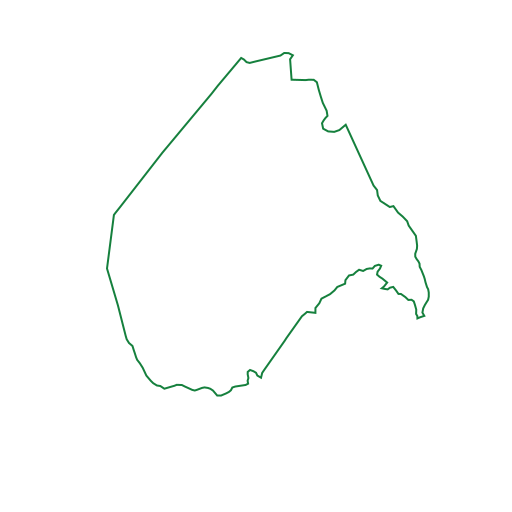 outline of Santa Cruz de Goiás, Goiás, Brazil, rotated 318°
{"feature_id": "56859067B48580128800931", "entity_name": "Santa Cruz de Goiás", "entity_type": "district", "adm_level": 2, "iso_a3": "BRA", "parent_name": "Brazil", "parent_adm1": "Goiás", "projection": "orthographic", "projection_center": [-48.573, -17.387], "detail": "fine", "context": "isolated", "style": "outline", "palette": "green", "viewbox_px": 512, "rotation_deg": 318, "n_neighbors": 0, "source": "geoboundaries", "source_scale": "gbopen_adm2", "svg_char_len": 2231}
<svg xmlns="http://www.w3.org/2000/svg" viewBox="0 0 512 512"><g transform="rotate(318 256 256)"><path d="M341.0,413.1L341.8,409.4L345.2,406.8L348.7,405.4L352.1,404.4L354.6,403.7L357.2,401.8L359.9,398.8L361.7,395.9L362.3,393.5L364.4,388.9L366.0,386.0L367.1,383.6L369.5,377.1L370.4,373.6L372.4,371.1L373.1,368.5L373.3,365.9L373.9,363.1L375.8,360.9L380.3,358.4L382.6,356.2L384.8,353.1L388.3,348.0L389.8,335.6L391.6,331.3L391.4,324.8L390.6,318.8L391.5,310.9L388.2,309.1L385.3,298.3L387.0,292.5L390.1,288.0L390.5,282.3L410.5,218.5L402.2,218.2L397.2,216.1L393.0,211.7L391.1,206.3L393.9,201.5L397.0,200.5L400.0,199.9L402.9,199.7L405.7,195.3L408.1,186.9L410.8,180.9L413.8,174.6L417.5,167.6L416.8,163.7L413.3,160.4L410.6,158.5L400.4,148.8L413.0,132.6L417.7,131.5L416.0,127.1L412.8,124.0L408.3,123.4L385.8,111.1L380.5,108.3L378.7,105.6L378.5,101.9L377.5,98.9L357.5,101.7L341.7,103.9L331.4,105.7L255.5,116.6L187.6,128.7L182.8,129.5L180.4,129.9L177.9,130.4L136.9,165.6L120.3,200.4L105.8,228.0L104.2,231.3L103.4,235.7L104.0,240.2L102.2,244.1L101.0,246.9L99.1,251.1L98.2,253.7L97.9,258.0L97.0,263.3L94.5,271.5L94.3,278.4L94.5,281.7L95.7,285.9L97.9,288.6L99.1,293.3L106.0,296.6L108.4,297.8L110.9,298.7L114.6,302.3L115.8,305.4L117.9,310.2L119.0,312.8L120.5,315.0L122.7,316.0L127.6,317.9L129.8,319.2L132.0,321.9L133.2,324.1L134.0,327.2L133.8,333.7L136.6,336.3L141.8,338.1L144.9,338.9L147.5,339.0L150.4,337.9L153.2,339.1L162.0,344.9L164.7,345.6L166.3,343.1L168.7,341.6L170.7,338.3L172.3,336.6L175.3,336.7L177.0,339.9L177.9,342.8L177.0,345.7L178.3,349.8L182.4,347.0L186.5,346.0L220.6,338.2L223.9,337.3L249.8,331.5L253.9,331.7L256.5,331.7L262.1,338.0L265.4,334.4L271.4,333.5L276.1,331.5L285.5,333.9L291.3,334.1L295.7,333.4L303.7,336.2L306.3,333.8L312.1,332.7L315.8,334.9L319.6,334.8L323.4,335.2L325.6,338.8L329.6,339.7L332.3,341.4L334.2,343.3L337.7,342.9L341.4,344.6L342.5,347.0L339.7,348.3L335.9,349.0L333.5,350.8L333.9,354.1L334.8,357.4L335.7,363.5L330.7,364.3L327.9,364.2L329.4,366.3L331.5,368.9L334.4,369.2L337.3,370.8L337.0,375.4L336.5,379.5L338.3,381.2L339.5,386.5L339.8,390.6L342.3,392.6L342.9,395.3L341.4,398.7L339.2,403.1L336.2,406.2L335.7,408.6L334.2,410.4L337.1,411.4L341.0,413.1Z" fill="none" stroke="#15803d" stroke-width="2"/></g></svg>